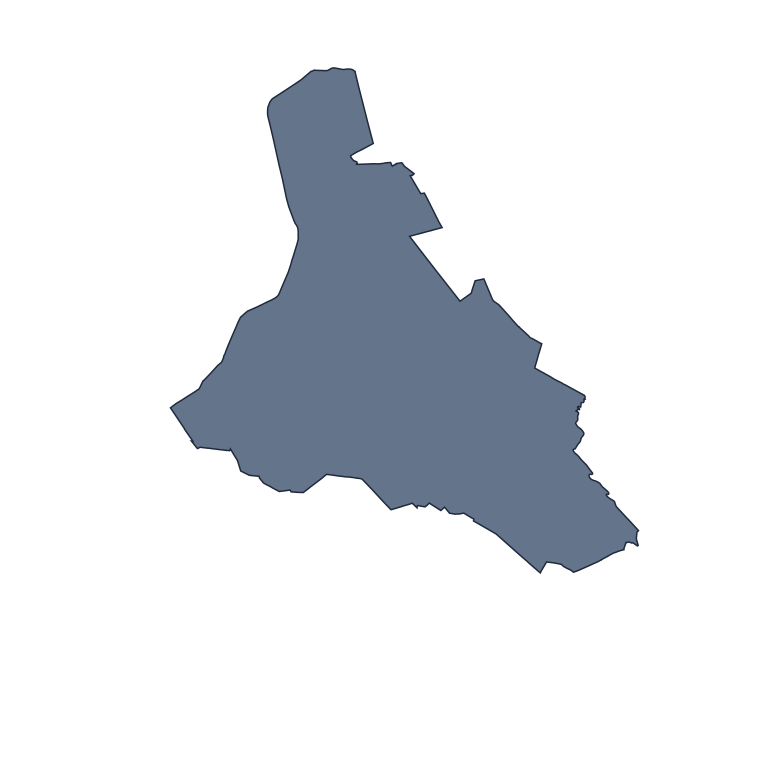 Gaigalavas pag., Rezeknes, Latvia (Robinson projection), rotated 49°
{"feature_id": "27541924B98236726322583", "entity_name": "Gaigalavas pag.", "entity_type": "district", "adm_level": 2, "iso_a3": "LVA", "parent_name": "Latvia", "parent_adm1": "Rezeknes", "projection": "robinson", "projection_center": [27.105, 56.746], "detail": "fine", "context": "isolated", "style": "filled", "palette": "slate", "viewbox_px": 768, "rotation_deg": 49, "n_neighbors": 0, "source": "geoboundaries", "source_scale": "gbopen_adm2", "svg_char_len": 6080}
<svg xmlns="http://www.w3.org/2000/svg" viewBox="0 0 768 768"><g transform="rotate(49 384 384)"><path d="M262.4,553.4L262.0,558.4L262.0,559.3L261.9,560.8L286.7,563.9L287.1,564.1L287.3,564.2L302.0,565.8L302.2,566.0L301.0,566.8L310.2,567.2L310.4,567.1L311.1,564.2L312.1,563.4L316.5,559.4L318.0,557.9L319.2,556.9L319.5,556.7L320.5,555.8L323.5,553.0L325.7,551.1L326.7,550.1L327.6,549.3L331.1,546.2L331.6,545.4L333.1,544.3L333.1,544.1L333.0,543.7L332.9,543.6L332.5,543.0L332.2,542.5L340.1,543.9L345.6,544.8L355.7,549.2L364.4,545.6L365.5,544.7L371.6,538.9L373.4,539.7L379.3,539.9L380.2,539.7L383.2,538.6L386.4,537.3L389.6,536.2L396.4,533.6L402.5,524.4L404.4,524.9L408.9,520.5L413.0,516.1L413.2,511.6L413.4,509.3L413.4,507.4L414.4,492.8L414.5,486.9L414.4,486.8L418.5,483.0L419.3,482.4L423.2,479.0L429.3,473.5L430.9,471.8L434.9,468.2L435.5,467.6L436.7,466.8L439.4,464.3L440.8,463.3L441.4,463.0L442.0,462.9L443.8,462.8L456.6,462.2L470.7,461.8L483.5,461.2L488.3,450.6L488.2,450.5L488.3,450.3L490.9,444.8L492.5,440.9L499.1,440.3L497.8,438.7L497.7,438.5L497.9,438.3L501.0,435.8L503.6,433.7L503.8,431.4L503.6,428.0L516.8,424.1L516.7,419.1L524.5,419.3L529.0,415.6L529.9,414.3L531.2,412.9L533.9,408.4L535.3,408.0L542.9,405.6L544.8,404.7L546.1,406.3L570.3,397.9L572.0,397.6L602.1,393.7L604.2,393.4L612.0,392.3L615.8,391.9L629.1,390.0L628.2,387.8L627.4,385.4L625.0,378.1L630.6,373.0L636.7,368.3L637.2,368.4L639.4,368.2L643.1,366.9L644.4,366.3L646.3,365.4L648.1,364.9L649.4,364.7L650.5,364.3L650.8,363.4L651.7,361.1L652.5,358.7L652.8,357.7L654.6,352.0L654.6,351.6L655.1,350.4L657.8,341.2L658.6,338.8L659.1,335.6L659.3,335.6L659.2,335.3L660.7,328.6L660.9,328.3L660.7,328.1L662.3,321.0L662.7,320.5L662.9,320.0L664.3,316.1L666.4,311.7L666.1,311.7L662.4,305.3L662.9,305.1L663.1,304.3L663.3,304.0L663.9,302.8L666.5,301.4L667.2,300.3L672.5,299.0L672.5,298.0L667.5,295.7L666.5,295.2L664.3,293.0L661.8,290.3L661.6,288.1L646.0,288.5L645.5,288.6L629.6,289.1L628.9,289.1L628.4,289.0L625.8,288.0L624.7,287.5L624.2,287.3L623.2,287.2L622.8,287.3L619.6,288.4L617.5,289.0L616.3,289.2L615.2,289.3L614.5,289.3L613.6,289.0L613.2,288.8L613.1,288.5L613.3,288.2L614.3,287.5L614.5,287.0L614.5,286.7L614.1,286.1L613.6,285.9L612.8,285.7L612.4,285.7L611.3,285.7L604.4,286.7L600.9,286.3L600.4,286.3L598.7,286.8L596.6,287.7L595.4,288.3L593.9,289.3L593.2,289.6L591.5,290.2L589.9,290.2L589.2,290.1L588.3,289.8L587.8,289.6L587.3,289.1L587.2,288.8L587.2,288.3L587.3,287.9L587.5,287.5L588.5,286.6L588.6,286.3L588.7,285.9L588.6,285.5L588.4,285.2L587.7,285.0L583.1,284.8L580.2,284.5L578.1,284.3L576.2,284.5L570.4,284.8L569.5,284.8L567.3,284.6L565.5,284.7L564.3,284.7L562.0,285.2L561.4,285.2L559.9,285.2L558.6,285.0L557.9,284.5L557.6,284.2L557.6,283.9L557.6,283.6L558.3,282.5L558.3,282.3L558.3,282.1L558.1,281.5L557.7,280.3L557.3,279.1L556.8,277.4L556.3,274.1L556.1,273.5L555.7,272.9L554.1,270.4L553.8,269.0L553.5,267.2L553.0,266.3L552.8,265.9L552.4,265.6L551.9,265.3L550.8,265.1L550.1,265.0L547.5,264.9L545.6,265.3L543.8,265.7L542.7,265.8L540.8,265.5L539.2,265.1L538.7,263.7L538.7,262.8L538.6,262.3L538.4,261.7L538.0,261.1L535.6,259.2L534.9,258.2L534.5,258.0L534.4,257.3L534.0,256.6L533.5,256.2L533.1,256.0L532.3,256.1L531.7,256.3L530.9,256.8L530.5,256.9L530.3,256.8L530.3,256.6L530.3,256.1L530.6,255.6L530.6,255.3L530.6,255.0L530.1,254.5L530.1,254.3L531.5,253.3L531.2,252.8L530.9,252.7L530.3,252.8L529.7,252.9L529.2,253.1L528.9,253.2L528.4,253.1L528.3,252.7L528.4,252.0L529.2,251.4L529.8,251.1L530.4,250.8L530.3,250.4L529.1,249.2L528.1,248.3L527.8,247.7L527.8,247.2L527.7,247.2L527.8,246.8L528.3,246.4L528.7,245.8L528.7,245.6L528.5,245.3L528.3,244.8L528.4,244.5L528.0,244.0L526.8,243.4L526.6,243.1L526.7,242.9L526.9,242.6L527.4,242.1L527.2,242.0L526.4,241.9L525.9,240.8L524.9,240.3L524.1,240.2L503.3,247.9L501.8,248.6L501.6,248.8L501.1,248.8L500.8,248.8L491.9,252.4L487.6,253.7L470.9,259.8L468.8,256.7L466.9,253.7L466.7,253.4L463.5,248.6L463.3,248.5L462.1,246.3L457.1,238.5L455.0,239.5L451.7,240.6L449.8,241.3L448.5,241.7L445.8,242.9L445.0,243.2L444.4,243.3L442.5,243.3L431.5,244.5L429.4,244.6L429.4,244.9L419.6,245.1L415.8,245.0L399.8,245.3L393.6,246.8L392.7,246.8L391.2,246.6L370.2,239.7L365.9,247.5L369.9,254.2L372.7,258.6L371.4,272.3L330.1,270.2L303.6,268.7L302.7,268.6L302.4,268.6L289.3,267.8L304.1,237.5L297.9,236.3L273.5,230.0L266.4,228.3L264.4,231.4L244.0,227.6L244.9,225.7L245.2,225.7L245.1,223.3L244.8,223.3L235.3,225.3L233.3,225.7L228.7,225.4L226.2,229.3L226.3,229.3L225.6,230.8L225.8,230.9L226.0,231.2L226.0,231.3L225.6,232.2L225.3,232.8L225.3,233.3L225.3,233.7L225.1,234.0L224.7,234.4L224.8,234.8L221.1,233.7L218.5,237.2L217.0,239.8L214.5,243.5L210.5,247.9L205.9,253.7L200.2,260.6L199.7,259.9L199.7,259.5L199.6,259.3L198.9,258.9L198.5,258.9L198.3,258.9L197.6,259.3L197.1,259.5L196.4,259.9L195.4,260.4L194.7,260.3L193.9,260.5L191.6,260.1L191.3,260.2L191.2,260.3L189.8,259.4L190.9,253.3L193.1,244.8L195.4,234.3L174.6,224.0L143.4,208.3L129.7,201.2L129.6,200.9L129.1,200.8L127.1,201.2L125.5,201.9L124.1,203.0L122.9,204.3L122.3,204.9L120.3,208.0L118.8,209.4L113.2,213.8L112.0,215.2L111.5,216.0L111.1,217.3L110.9,218.8L110.4,220.8L109.9,221.6L108.7,223.1L107.0,224.8L104.0,228.1L101.9,230.3L101.3,230.7L100.8,233.2L100.2,233.7L100.0,247.3L99.5,251.4L98.2,261.6L95.5,281.0L95.7,282.8L96.5,285.5L98.8,289.8L101.1,292.4L104.3,295.1L107.1,296.7L115.7,301.1L126.3,306.7L150.2,319.7L162.0,325.8L179.9,335.8L187.8,339.6L201.4,344.7L204.6,345.7L206.9,345.9L209.5,346.6L211.4,347.8L213.5,349.4L215.3,351.1L217.9,353.2L219.3,354.9L221.2,357.7L228.9,370.0L230.3,372.5L232.4,375.5L236.7,382.7L239.2,387.8L242.8,395.4L246.5,402.8L247.7,405.6L247.8,407.1L247.8,409.1L246.7,414.2L245.6,417.8L242.6,429.2L239.5,439.0L239.4,442.8L239.5,448.5L241.5,453.3L245.2,460.9L247.3,465.4L252.5,476.1L255.8,482.4L257.0,484.4L257.3,485.4L257.7,486.4L258.9,488.0L260.6,491.3L261.0,492.6L261.0,495.9L260.9,496.9L262.2,508.2L262.8,514.3L263.0,516.4L263.1,517.4L262.9,518.6L263.6,520.2L265.7,524.9L266.2,526.5L266.4,527.3L266.0,529.2L266.0,530.6L265.6,532.9L264.3,541.4L263.5,547.1L262.4,553.4Z" fill="#64748b" stroke="#1e293b" stroke-width="1.5"/></g></svg>